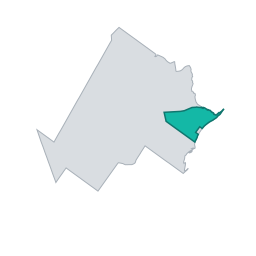 where Trarza sits in Mauritania, rotated 216°
{"feature_id": "MRT-2788", "entity_name": "Trarza", "entity_type": "Region", "adm_level": 1, "iso_a3": "MRT", "parent_name": "Mauritania", "parent_adm1": "", "projection": "robinson", "projection_center": [-15.679, 17.405], "detail": "fine", "context": "in_parent", "style": "filled", "palette": "teal", "viewbox_px": 256, "rotation_deg": 216, "n_neighbors": 0, "source": "natural_earth", "source_scale": "10m", "svg_char_len": 4763}
<svg xmlns="http://www.w3.org/2000/svg" viewBox="0 0 256 256"><g transform="rotate(216 128 128)"><path d="M112.9,213.6L112.7,213.5L111.4,212.5L110.8,211.3L109.7,210.4L108.3,209.8L107.4,209.2L107.0,208.4L106.5,207.9L105.9,207.6L105.9,207.3L106.0,207.0L105.9,206.3L105.0,204.7L104.3,204.0L103.6,204.1L103.3,203.9L103.0,203.6L102.9,203.1L102.5,202.6L101.7,202.5L101.1,201.3L100.6,199.2L100.0,197.5L99.3,196.4L98.7,195.9L98.3,195.8L98.2,195.6L98.1,195.3L97.5,195.2L96.7,195.5L95.9,195.4L95.6,194.8L95.1,194.8L94.4,195.3L93.7,195.1L93.0,194.4L92.5,193.6L92.4,192.9L91.1,191.4L88.5,189.2L85.7,188.1L82.7,188.3L81.0,188.2L80.6,187.8L80.2,187.8L79.8,188.2L79.4,188.3L79.0,188.1L78.7,188.3L78.6,188.8L77.6,189.1L75.5,189.1L73.9,189.5L72.6,190.2L70.9,190.5L68.6,190.4L67.2,190.1L66.7,189.7L66.0,189.6L65.2,189.8L64.4,190.9L63.8,192.9L63.2,194.1L62.8,194.3L62.3,195.8L62.0,198.3L61.6,199.4L61.6,193.2L62.3,190.9L62.5,188.9L63.9,184.4L65.6,180.7L67.1,175.9L67.7,171.1L67.5,166.5L67.1,162.4L66.3,159.7L65.5,155.8L64.4,153.7L62.4,151.9L61.9,150.8L62.4,150.4L63.6,150.1L64.4,148.7L62.8,149.3L64.7,144.9L65.3,142.0L65.2,140.1L65.6,138.9L64.1,136.3L63.0,133.0L62.4,132.5L61.8,132.2L61.7,133.0L61.4,133.7L60.7,133.3L59.4,130.9L57.6,127.0L57.0,126.6L56.5,127.2L56.2,127.7L55.6,130.9L55.4,129.6L55.6,128.1L56.1,126.3L56.6,123.7L58.1,123.7L60.9,123.7L66.3,123.7L69.1,123.7L74.5,123.7L77.3,123.6L82.7,123.6L85.5,123.6L91.0,123.6L93.7,123.6L99.2,123.6L101.9,123.6L103.7,123.6L103.6,121.8L103.5,120.3L103.4,118.4L103.3,116.4L103.1,114.5L103.0,112.7L102.9,110.8L102.8,109.1L102.7,107.6L102.6,106.7L102.0,104.9L101.8,104.0L102.0,103.1L102.4,102.2L103.4,100.6L105.0,99.4L106.9,98.0L108.3,96.9L109.0,96.6L111.2,96.2L113.0,95.4L114.7,94.6L115.4,94.2L115.5,92.7L115.2,59.3L123.6,59.3L125.8,59.3L141.2,59.3L143.4,59.3L154.6,59.3L154.6,57.8L154.6,55.5L154.5,52.4L154.5,49.3L154.4,43.8L154.3,41.5L156.6,43.1L161.1,46.1L163.3,47.6L167.8,50.7L172.3,53.7L176.8,56.8L179.1,58.3L181.3,59.8L183.6,61.4L185.8,62.9L190.4,65.9L192.2,67.2L195.2,69.3L197.9,71.2L200.6,73.1L196.5,73.1L190.9,73.1L187.1,73.1L183.3,73.1L179.6,73.1L180.0,76.3L180.4,79.7L180.8,83.1L181.1,86.6L181.5,90.0L182.7,100.3L183.1,103.7L183.5,107.1L183.9,110.6L184.3,114.0L185.1,120.8L185.4,124.3L185.8,127.7L186.2,131.1L186.6,134.6L187.0,138.0L187.8,144.9L188.2,148.3L188.6,151.7L189.0,155.1L189.4,158.6L189.7,162.0L190.1,165.4L190.5,168.9L191.3,175.7L191.7,179.1L192.1,182.6L192.5,186.0L192.8,189.3L194.3,191.1L196.1,193.3L195.6,196.4L195.1,200.1L194.4,204.1L189.4,204.1L184.5,204.1L172.2,204.1L169.8,204.1L157.5,204.1L155.0,204.1L150.3,204.1L148.9,204.0L148.4,203.7L148.2,201.6L147.8,201.8L147.3,202.4L147.0,203.0L147.1,203.9L147.0,204.6L145.5,204.9L143.3,205.4L141.1,205.8L138.8,205.7L138.0,205.5L137.2,205.2L135.4,204.9L134.4,204.9L133.3,205.0L132.0,205.1L131.6,205.5L130.6,207.1L129.6,208.9L129.0,208.9L128.3,207.9L126.3,206.0L123.9,203.6L122.8,202.3L122.2,202.2L121.1,203.1L120.2,203.9L119.2,205.1L118.7,206.2L118.3,207.6L118.2,209.2L117.8,211.0L117.0,212.5L116.0,213.7L115.3,214.2L115.0,214.5L112.9,213.6ZM63.6,146.1L62.8,147.4L62.5,146.9L62.4,146.0L63.1,144.7L63.4,144.1L64.0,143.9L63.6,146.1Z" fill="#d9dde1" stroke="#a8b0b8" stroke-width="1"/><path d="M80.7,187.9L80.5,187.7L80.4,187.6L80.1,187.8L79.9,188.0L79.9,188.3L79.7,188.4L79.6,188.5L79.5,188.4L79.4,188.3L79.3,188.1L79.1,188.0L79.0,187.9L78.8,188.0L78.7,188.1L78.7,188.3L78.7,188.5L78.9,188.7L79.0,188.8L78.9,189.0L78.6,189.1L77.3,189.4L77.1,189.4L76.5,189.3L76.2,189.3L75.5,189.6L75.3,189.6L75.1,189.6L74.9,189.4L74.7,189.2L74.3,189.2L74.2,189.4L73.9,189.8L73.8,190.0L73.6,190.0L72.9,189.9L72.8,190.0L72.6,190.1L72.4,190.3L72.2,190.5L71.8,190.5L71.6,190.5L71.4,190.3L70.9,190.3L70.3,190.1L70.1,190.1L69.8,190.1L69.7,190.1L69.3,190.0L69.1,190.0L68.7,190.3L68.3,190.2L68.2,190.2L68.1,190.3L67.7,190.4L67.4,190.3L67.2,190.2L66.8,189.7L66.7,189.6L66.3,189.5L66.2,189.6L65.8,189.9L65.7,190.0L65.4,190.0L65.0,189.9L64.8,190.0L64.5,190.1L64.3,190.4L64.1,190.6L64.0,190.9L64.0,191.4L63.5,193.8L63.4,193.9L63.4,194.1L63.2,194.2L62.7,194.3L62.5,194.5L62.5,194.8L62.4,195.7L62.2,196.3L62.0,196.9L62.0,197.0L61.9,198.5L61.8,199.3L61.5,199.8L61.7,197.5L61.7,196.3L61.6,193.5L61.7,192.6L61.8,192.3L62.1,191.6L62.2,190.9L62.3,190.7L62.4,190.4L62.4,188.9L62.5,188.3L63.5,185.6L63.8,185.1L63.9,184.2L64.2,183.7L64.7,182.8L65.8,180.4L65.8,180.0L66.0,179.8L67.1,175.9L67.5,174.2L67.6,172.3L67.7,171.2L70.7,171.2L70.7,167.3L70.7,164.2L67.5,164.2L67.4,164.2L67.2,162.9L67.1,162.4L66.5,160.9L66.2,159.2L66.0,158.7L66.1,158.3L66.1,157.9L65.6,156.0L65.6,155.9L88.9,155.8L89.4,155.8L101.1,155.8L108.0,161.9L98.6,169.6L95.3,172.3L92.6,175.1L88.3,182.2L85.4,184.6L85.0,185.0L84.7,185.4L83.7,185.8L82.1,186.8L80.9,187.6L80.7,187.9Z" fill="#14b8a6" stroke="#0f766e" stroke-width="1.5"/></g></svg>